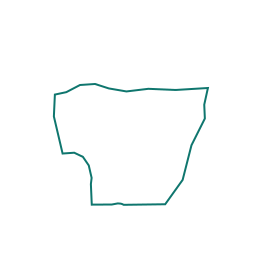 the border of Brda, rotated 310°
{"feature_id": "SVN-1024", "entity_name": "Brda", "entity_type": "Municipality", "adm_level": 1, "iso_a3": "SVN", "parent_name": "Slovenia", "parent_adm1": "", "projection": "albers", "projection_center": [13.525, 46.021], "detail": "fine", "context": "isolated", "style": "outline", "palette": "teal", "viewbox_px": 256, "rotation_deg": 310, "n_neighbors": 0, "source": "natural_earth", "source_scale": "10m", "svg_char_len": 503}
<svg xmlns="http://www.w3.org/2000/svg" viewBox="0 0 256 256"><g transform="rotate(310 128 128)"><path d="M46.0,149.5L61.2,135.6L66.4,132.2L74.1,122.0L76.9,112.0L74.5,102.7L66.4,94.3L89.2,63.8L106.6,50.5L115.8,57.7L130.1,63.6L140.5,74.4L146.0,87.9L155.0,103.3L171.1,118.4L187.8,140.1L210.0,163.5L194.9,171.4L185.4,180.1L184.6,180.8L155.6,187.7L123.4,203.2L93.5,205.5L66.4,174.1L66.0,172.5L65.4,171.1L64.5,169.8L63.6,168.6L59.0,164.8L46.0,149.5Z" fill="none" stroke="#0f766e" stroke-width="2"/></g></svg>